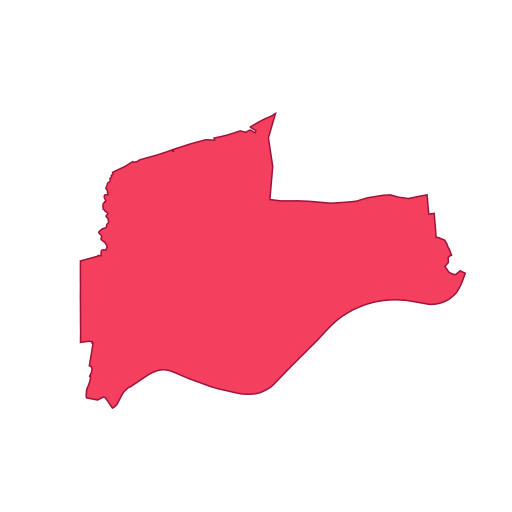 outline of Renkum, Gelderland, Netherlands, rotated 346°
{"feature_id": "6326949B75793102771605", "entity_name": "Renkum", "entity_type": "district", "adm_level": 2, "iso_a3": "NLD", "parent_name": "Netherlands", "parent_adm1": "Gelderland", "projection": "albers", "projection_center": [5.777, 51.992], "detail": "fine", "context": "isolated", "style": "filled", "palette": "rose", "viewbox_px": 512, "rotation_deg": 346, "n_neighbors": 0, "source": "geoboundaries", "source_scale": "gbopen_adm2", "svg_char_len": 5884}
<svg xmlns="http://www.w3.org/2000/svg" viewBox="0 0 512 512"><g transform="rotate(346 256 256)"><path d="M309.4,122.4L305.8,123.7L302.1,124.4L298.5,124.9L291.3,126.6L281.7,129.4L281.7,129.8L283.0,131.1L286.3,134.4L284.8,136.3L281.6,132.8L280.5,132.3L278.0,132.9L276.1,133.5L270.9,130.8L267.6,131.0L264.3,131.3L260.6,131.5L257.0,131.7L253.5,131.7L246.7,131.5L243.8,131.4L243.8,133.6L235.8,131.1L235.0,131.1L234.8,131.0L234.7,131.1L225.6,131.2L219.1,131.4L209.8,132.0L207.2,132.2L204.6,132.3L202.0,132.6L201.3,134.5L200.5,134.2L200.6,132.7L193.7,133.4L185.2,134.0L181.5,134.2L173.9,134.3L166.3,134.6L163.4,135.6L159.9,135.5L159.3,134.6L156.7,135.4L150.5,137.4L142.6,139.0L137.0,140.1L137.1,140.6L137.2,141.2L137.1,141.5L137.0,141.8L136.9,141.9L136.8,142.1L136.5,142.2L135.5,142.6L135.2,142.7L135.1,142.9L135.0,143.1L135.0,144.2L134.9,144.5L134.5,144.9L133.7,145.1L133.2,145.3L133.0,145.6L132.9,145.9L132.9,147.2L132.8,147.6L132.6,147.9L132.4,148.2L132.3,148.3L132.0,148.5L131.6,148.7L130.8,148.8L130.3,149.0L130.0,149.2L129.5,149.6L129.2,150.3L128.6,151.3L127.7,152.6L126.9,153.7L126.8,154.0L126.7,154.3L126.8,154.7L126.9,155.0L127.6,155.9L127.7,156.2L127.7,156.6L127.6,157.0L127.4,157.7L127.2,158.7L127.2,159.1L127.4,160.1L127.4,160.4L127.3,160.6L127.2,160.7L126.5,160.7L126.1,160.7L124.9,160.2L124.4,160.1L124.0,160.3L123.8,160.4L123.5,160.8L123.4,161.0L123.1,161.8L123.0,162.0L123.0,162.7L123.0,163.0L123.2,164.0L123.7,165.7L123.7,166.0L123.6,166.3L123.3,166.5L123.1,166.6L122.4,166.7L122.2,166.8L122.0,167.3L121.8,167.5L121.5,167.7L120.6,168.0L120.4,168.2L120.3,168.4L120.0,169.4L119.4,170.8L119.3,171.9L119.2,172.6L119.1,173.1L119.1,173.6L119.1,173.9L119.3,174.0L120.3,174.8L120.2,175.3L120.2,175.5L120.4,175.9L120.7,176.3L121.7,177.4L122.4,178.3L122.5,178.8L122.4,179.1L122.2,179.5L121.7,179.9L121.0,180.1L120.8,180.2L120.6,180.4L120.4,180.7L120.2,180.9L120.1,181.4L120.2,181.6L120.2,181.8L120.4,182.1L121.2,183.1L121.3,183.3L121.4,183.5L121.3,185.2L121.3,186.9L121.2,187.3L121.0,187.8L120.7,188.1L120.5,188.3L119.4,189.0L119.1,189.1L118.9,189.4L118.7,189.6L118.5,190.0L118.1,191.5L117.8,191.8L116.7,192.2L116.4,192.3L115.7,192.4L114.4,192.3L113.9,192.4L113.0,192.7L112.4,192.9L111.0,193.6L110.4,194.0L109.7,194.3L109.5,194.5L109.1,194.9L109.1,195.1L109.1,195.3L109.2,195.7L109.5,196.3L110.9,198.7L111.0,199.0L111.1,200.1L110.3,200.7L110.0,201.2L109.9,201.6L109.7,202.0L109.7,202.4L109.9,202.8L110.6,203.7L111.3,204.8L112.1,205.6L112.4,205.9L112.6,206.1L113.2,208.4L113.5,208.8L113.7,209.1L113.8,209.3L113.8,209.8L113.7,210.2L113.7,211.0L113.6,211.7L112.8,212.3L112.5,212.7L111.8,213.9L109.9,213.2L109.8,213.3L108.7,213.0L108.0,213.0L107.9,213.0L106.9,213.9L105.7,218.2L102.9,217.3L102.7,217.9L84.4,218.3L84.4,218.7L83.0,224.0L81.2,231.3L80.7,233.2L80.0,236.1L79.5,238.0L79.2,239.5L76.4,250.5L75.9,252.3L75.5,254.1L74.7,257.2L74.6,257.8L74.4,258.7L69.6,278.2L69.4,279.0L67.2,288.3L66.0,292.7L64.8,297.4L65.5,297.4L66.4,297.6L68.6,297.7L73.5,298.4L76.3,299.5L75.8,300.6L76.5,300.9L76.4,301.3L76.7,301.4L67.7,322.3L69.5,323.3L69.4,324.1L69.5,325.0L69.6,325.7L69.5,326.1L67.9,329.7L67.7,330.0L67.3,330.2L67.2,330.2L66.3,331.8L65.9,331.8L65.7,332.0L65.4,332.7L65.5,332.8L66.2,333.4L66.3,333.6L66.3,333.8L65.2,335.6L64.8,336.6L64.6,337.2L64.3,337.6L63.3,339.2L63.0,339.6L62.9,339.8L62.8,340.1L61.9,341.3L60.1,343.4L59.7,344.1L59.3,344.8L58.9,345.8L58.5,346.9L58.4,347.5L58.2,348.1L57.8,349.2L57.4,350.6L57.3,350.9L57.2,351.5L57.3,352.7L67.4,357.4L74.0,355.9L75.5,357.1L76.3,359.2L76.4,359.3L76.5,359.8L76.8,360.3L77.3,361.8L78.8,366.0L79.9,368.8L82.4,368.1L85.0,366.5L87.6,363.7L92.7,357.9L94.7,356.1L97.9,354.1L100.6,352.7L102.7,352.5L120.9,345.9L123.7,344.9L128.0,343.9L132.0,343.4L136.3,343.5L140.2,344.4L143.8,346.0L146.9,348.0L150.4,350.5L161.2,358.7L165.0,361.3L170.5,365.0L179.3,371.0L186.5,375.3L198.3,381.3L205.2,384.8L208.6,386.3L211.4,387.2L212.4,387.5L215.4,388.3L219.0,389.1L222.5,389.6L225.9,389.6L227.0,389.6L231.0,388.9L234.1,388.2L237.6,387.1L239.7,386.2L242.2,384.8L263.2,371.7L292.8,354.0L295.3,352.5L304.8,346.2L311.9,341.8L316.9,339.0L319.4,337.8L321.0,337.1L323.9,335.8L325.8,335.1L328.5,334.2L331.4,333.3L337.4,331.6L340.0,331.1L348.3,329.9L352.4,329.5L356.9,329.4L360.4,329.4L362.9,329.5L365.0,329.7L366.5,329.8L369.5,330.1L374.4,330.9L377.6,331.5L381.1,332.3L382.9,332.8L387.0,334.1L389.1,334.8L391.2,335.5L394.8,337.0L398.0,338.4L409.6,343.6L412.6,344.9L414.0,345.3L415.7,345.6L418.4,346.1L420.0,346.2L422.4,346.3L423.8,346.3L425.2,346.2L426.1,346.1L428.5,345.7L430.0,345.4L432.6,344.7L434.5,343.9L436.2,343.1L439.2,341.6L440.0,341.1L440.9,340.5L441.7,339.9L442.9,338.8L444.3,337.4L445.5,336.2L447.1,334.4L449.5,331.2L450.9,329.3L454.9,323.3L451.4,320.6L450.9,319.9L450.6,319.7L445.6,322.1L445.0,322.4L444.8,322.5L444.1,322.0L442.3,320.9L441.4,320.3L440.4,319.5L440.3,319.3L440.0,318.9L439.3,318.5L436.8,311.6L437.9,311.2L439.7,309.8L441.2,308.8L441.4,307.6L441.6,306.7L441.8,305.7L441.9,305.4L442.0,305.1L442.0,304.8L442.0,304.4L442.3,304.1L442.2,303.8L442.9,303.4L443.6,303.1L444.0,303.0L444.3,302.7L445.3,302.7L445.8,302.7L445.9,302.3L446.0,302.0L446.0,301.9L445.9,301.7L445.6,300.9L445.6,300.4L445.6,299.7L445.3,297.3L445.2,296.4L445.1,295.8L444.7,294.6L444.4,293.7L444.3,292.7L444.1,290.1L443.9,289.4L443.6,289.0L443.4,288.2L443.1,286.8L443.1,286.3L443.0,286.2L442.8,286.2L441.4,285.2L441.2,284.9L437.0,282.0L435.3,281.5L436.7,273.3L437.0,271.3L438.4,262.6L439.2,257.7L433.8,257.2L434.2,254.6L434.9,249.8L435.0,249.1L435.3,247.6L436.8,238.0L429.6,237.6L417.7,237.1L408.1,233.2L401.2,229.2L397.3,228.5L394.7,227.9L393.6,227.8L392.6,227.7L378.1,226.5L376.8,226.6L374.4,226.7L370.3,226.9L369.4,226.9L367.4,227.1L361.1,226.4L342.0,223.0L339.3,222.2L336.0,221.0L323.2,216.6L319.2,215.3L311.1,212.9L309.1,212.4L307.9,212.1L293.3,208.5L283.1,204.6L293.9,173.2L296.3,147.7L296.7,144.2L309.4,122.4Z" fill="#f43f5e" stroke="#9f1239" stroke-width="1.5"/></g></svg>